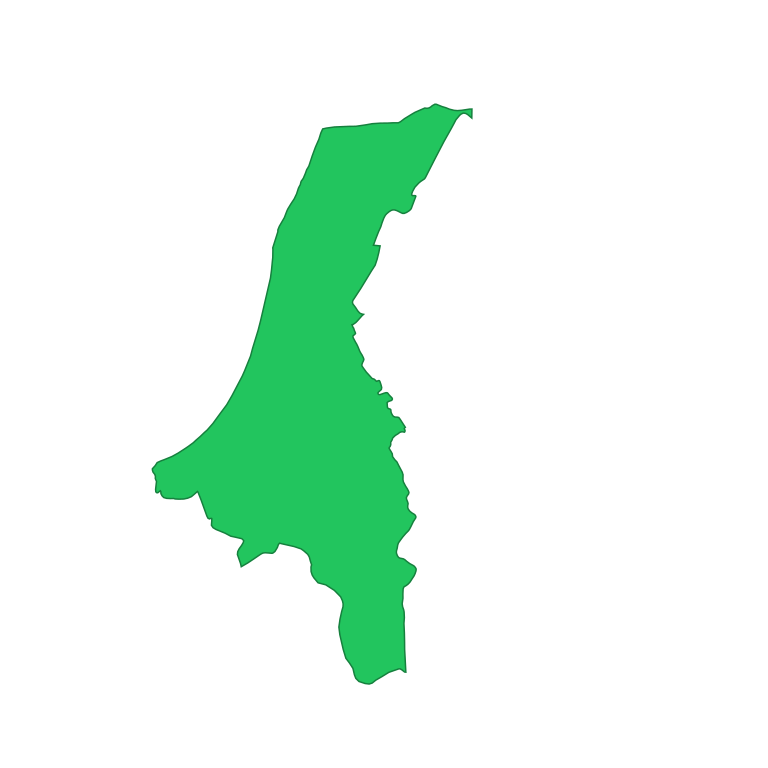 outline of Tuy Hoa, Phú Yên, Vietnam, rotated 230°
{"feature_id": "81297802B45106503001809", "entity_name": "Tuy Hoa", "entity_type": "district", "adm_level": 2, "iso_a3": "VNM", "parent_name": "Vietnam", "parent_adm1": "Phú Yên", "projection": "orthographic", "projection_center": [109.269, 13.094], "detail": "fine", "context": "isolated", "style": "filled", "palette": "green", "viewbox_px": 768, "rotation_deg": 230, "n_neighbors": 0, "source": "geoboundaries", "source_scale": "gbopen_adm2", "svg_char_len": 5595}
<svg xmlns="http://www.w3.org/2000/svg" viewBox="0 0 768 768"><g transform="rotate(230 384 384)"><path d="M618.8,501.0L616.9,497.0L613.3,491.4L609.5,483.7L604.8,475.5L600.9,469.2L599.4,466.8L598.6,464.8L597.9,462.6L595.8,459.0L593.5,454.5L592.9,452.4L592.6,451.0L592.0,450.0L590.5,448.0L589.7,445.9L589.0,444.3L585.8,439.2L583.5,434.1L581.8,428.4L579.9,422.8L578.9,420.7L575.5,414.6L572.1,405.2L570.3,401.8L568.8,400.5L568.7,400.3L559.8,386.3L558.5,385.4L552.4,380.1L550.1,377.7L544.0,371.5L538.1,365.1L522.1,343.8L520.8,342.1L511.5,329.7L506.0,322.0L495.8,306.3L491.1,299.6L483.6,285.5L481.2,280.6L475.1,265.7L472.8,260.1L469.2,250.2L466.7,239.6L463.7,227.4L462.4,218.9L462.3,215.2L461.9,209.4L461.8,203.5L461.6,200.2L462.0,193.8L462.4,190.0L463.4,181.9L464.7,175.2L465.5,172.6L467.4,166.7L468.5,163.7L469.6,159.7L469.3,158.8L468.5,156.1L468.1,153.1L467.9,152.0L466.6,151.1L464.8,150.4L462.1,150.3L460.3,149.6L458.5,148.0L455.6,147.1L450.1,141.3L448.1,139.9L447.0,139.9L446.1,140.8L446.0,144.0L445.1,143.9L443.3,142.6L440.9,142.1L438.6,142.3L436.1,144.0L433.4,146.9L431.4,149.4L430.3,150.0L427.6,152.9L424.6,156.7L422.7,160.3L421.5,164.1L421.5,167.5L421.6,172.0L420.7,172.0L412.9,169.4L396.6,163.4L394.2,162.9L392.8,163.6L392.3,165.2L391.7,165.6L390.2,164.4L386.7,161.0L383.8,160.7L380.6,161.8L371.8,166.4L365.9,168.8L362.3,171.6L357.0,175.6L355.7,175.8L354.1,175.8L353.0,174.2L351.9,171.2L350.9,167.2L349.6,164.2L347.6,162.1L338.9,158.8L335.8,157.2L334.5,164.6L333.7,171.9L332.9,180.1L332.4,182.4L331.2,184.4L328.6,187.1L326.3,189.4L325.9,190.3L325.8,192.8L327.3,197.2L328.9,199.9L329.2,201.7L327.6,202.8L317.2,210.7L311.0,214.5L307.8,215.3L302.6,216.1L299.6,215.6L295.5,213.7L292.0,212.3L292.0,212.2L290.7,210.4L287.2,207.6L283.8,206.2L280.5,205.7L274.1,205.7L267.6,210.3L257.9,213.3L248.8,214.0L244.6,212.8L241.9,211.4L239.7,209.4L236.9,205.3L232.1,199.1L226.8,193.2L220.3,189.0L207.0,182.2L198.4,178.5L192.4,178.2L186.1,177.4L180.2,174.4L176.6,173.2L172.2,173.6L166.7,177.0L163.7,179.8L162.5,182.7L162.4,187.4L161.2,194.3L160.0,202.4L157.8,208.2L156.2,212.4L155.3,213.3L153.3,214.0L150.2,214.6L149.2,215.5L167.4,229.2L173.1,233.9L180.2,239.6L187.8,245.4L191.9,249.4L196.5,252.9L198.3,253.9L201.4,255.1L204.0,256.7L207.6,260.7L211.0,263.5L214.6,266.8L215.6,268.4L215.7,269.5L215.4,270.9L215.2,273.4L215.4,275.5L215.6,276.8L216.6,280.0L217.7,283.7L218.8,286.0L220.3,288.4L221.6,289.7L223.3,290.1L225.4,290.0L226.8,289.5L229.8,288.3L233.5,287.4L236.2,287.0L237.7,286.4L239.1,285.3L240.6,284.1L241.8,283.7L243.4,283.8L245.1,284.3L246.6,284.9L248.1,286.2L249.6,288.4L251.9,291.1L253.0,293.0L253.9,296.4L254.8,300.2L255.5,304.5L255.9,308.7L256.4,310.3L257.5,313.0L259.7,317.9L261.1,322.4L262.1,323.3L263.7,323.6L264.8,323.4L267.4,322.5L270.0,322.0L272.7,322.2L274.0,322.7L275.4,323.8L276.8,325.5L278.2,326.2L281.2,327.2L282.5,328.0L283.3,329.6L284.0,332.2L284.9,333.4L286.2,333.9L288.8,334.5L292.0,334.9L296.5,335.9L298.5,337.0L300.8,339.0L302.3,340.3L302.7,340.4L304.7,341.3L307.5,341.9L312.2,342.9L316.0,343.8L319.1,343.6L323.0,343.9L323.4,344.3L325.3,345.5L327.8,346.0L329.4,346.2L331.5,346.6L332.0,347.3L332.2,348.5L332.9,349.8L333.4,350.4L334.7,351.4L335.1,351.8L335.8,353.8L336.2,354.7L336.9,355.6L337.1,356.6L337.3,359.6L336.8,363.1L336.8,365.0L336.4,366.0L335.8,367.1L335.0,367.9L334.0,368.6L334.0,369.2L334.4,369.8L335.1,370.4L336.0,370.6L336.8,370.8L337.1,371.6L337.1,372.5L341.2,373.0L346.6,373.7L348.8,373.8L349.7,373.2L350.3,372.6L351.6,371.2L353.0,370.5L354.4,370.4L356.4,370.8L357.9,371.3L358.9,372.0L360.0,372.7L360.6,372.7L361.4,372.2L362.6,371.5L363.8,371.6L365.3,372.6L366.7,373.7L367.7,374.3L367.8,375.1L367.7,376.3L366.6,379.1L366.6,379.9L367.1,380.8L368.2,381.2L372.1,380.9L374.9,381.0L375.5,380.5L376.0,380.1L376.9,378.2L378.4,374.2L379.0,373.4L379.5,373.2L380.4,373.2L381.2,373.8L381.4,375.2L381.4,377.6L381.6,378.6L382.8,380.0L385.3,381.2L388.3,382.4L389.5,382.6L389.8,382.4L390.2,381.9L390.6,380.6L391.0,379.9L392.0,379.9L394.0,379.6L395.6,378.6L396.3,378.4L400.0,378.3L404.4,378.1L410.2,378.5L411.8,378.7L412.8,379.2L413.5,380.2L414.3,381.6L415.1,383.4L415.8,384.3L415.9,384.5L417.5,385.1L420.3,385.8L422.0,386.0L424.7,386.5L429.0,387.9L432.0,388.7L434.5,389.1L439.1,390.1L440.1,390.5L440.8,391.3L440.8,393.6L441.0,394.6L441.9,395.1L444.3,395.8L446.4,396.7L447.1,396.6L450.0,397.6L449.5,398.6L449.2,401.8L449.4,403.9L449.8,406.8L450.1,408.9L450.4,410.7L450.5,413.1L451.9,412.0L453.9,411.0L457.1,410.9L460.9,411.4L465.3,411.6L466.8,412.3L467.9,413.6L472.2,427.9L478.6,446.8L480.7,453.6L484.1,459.1L488.1,464.6L492.3,469.8L497.1,465.1L501.0,471.9L504.3,478.0L506.5,482.6L508.8,486.2L511.2,490.5L512.4,493.5L512.7,495.5L512.7,498.7L512.4,500.9L511.7,502.7L510.4,504.1L508.3,505.4L506.0,506.4L503.9,507.3L502.8,507.9L501.7,509.2L500.9,511.6L500.5,514.8L500.6,516.7L501.0,517.9L502.0,519.6L507.3,529.0L507.9,529.2L508.6,528.6L509.9,527.0L510.7,526.7L511.9,527.5L513.3,530.0L514.9,534.2L515.6,539.8L515.6,542.2L515.4,544.1L515.1,546.9L515.5,548.4L523.4,567.0L531.2,585.8L536.4,599.6L538.5,604.9L540.2,609.0L541.2,614.6L541.2,616.6L540.9,617.7L540.6,618.8L539.5,619.9L538.4,620.7L536.2,621.4L531.3,622.2L538.1,628.1L539.5,626.4L540.9,624.1L543.7,619.5L546.2,616.0L548.7,613.5L550.4,612.3L552.3,610.9L556.0,608.9L559.2,606.8L562.9,604.8L564.5,604.0L565.6,602.9L566.2,599.9L566.2,597.7L566.6,595.8L567.5,594.2L569.2,592.6L572.2,582.4L572.8,578.9L574.1,570.2L574.3,565.5L574.6,563.9L575.0,562.7L577.9,559.3L581.7,554.3L586.0,549.1L590.9,542.4L594.3,536.5L599.5,528.1L604.0,522.6L612.7,511.3L617.1,504.3L618.8,501.0Z" fill="#22c55e" stroke="#15803d" stroke-width="1.5"/></g></svg>